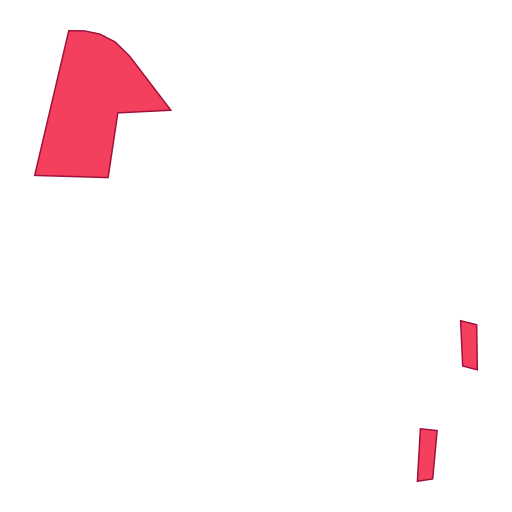 outline of Gaga'emauga
{"feature_id": "WSM-4990", "entity_name": "Gaga'emauga", "entity_type": "state/province", "adm_level": 1, "iso_a3": "WSM", "parent_name": "Samoa", "parent_adm1": "", "projection": "natural_earth1", "projection_center": [-172.104, -13.734], "detail": "fine", "context": "isolated", "style": "filled", "palette": "rose", "viewbox_px": 512, "rotation_deg": 0, "n_neighbors": 0, "source": "natural_earth", "source_scale": "10m", "svg_char_len": 385}
<svg xmlns="http://www.w3.org/2000/svg" viewBox="0 0 512 512"><path d="M68.8,30.7L84.3,30.9L99.9,34.1L115.3,42.1L129.7,56.3L170.8,110.2L117.8,112.9L108.1,177.6L82.1,176.8L51.2,175.9L34.7,175.4L68.8,30.7ZM432.7,478.9L417.4,481.3L420.4,428.8L437.1,430.6L432.7,478.9ZM460.6,320.7L476.7,324.8L477.3,369.8L462.7,366.0L460.6,320.7Z" fill="#f43f5e" stroke="#9f1239" stroke-width="1.5"/></svg>